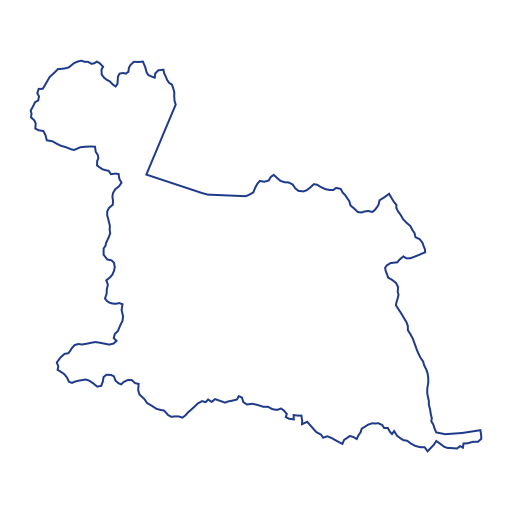 the district of Mimoso do Sul, Espírito Santo, Brazil
{"feature_id": "56859067B70234229782601", "entity_name": "Mimoso do Sul", "entity_type": "district", "adm_level": 2, "iso_a3": "BRA", "parent_name": "Brazil", "parent_adm1": "Espírito Santo", "projection": "mercator", "projection_center": [-41.385, -21.065], "detail": "fine", "context": "isolated", "style": "outline", "palette": "blue", "viewbox_px": 512, "rotation_deg": 0, "n_neighbors": 0, "source": "geoboundaries", "source_scale": "gbopen_adm2", "svg_char_len": 5087}
<svg xmlns="http://www.w3.org/2000/svg" viewBox="0 0 512 512"><path d="M38.7,88.9L37.3,93.1L39.0,96.4L38.2,100.5L35.1,102.1L33.2,106.0L30.7,110.6L31.5,113.7L31.0,117.3L34.3,120.4L35.7,123.4L35.3,128.5L38.7,130.3L43.3,131.0L45.5,135.2L46.8,140.3L52.5,141.3L56.8,143.8L61.0,145.8L66.0,147.2L70.9,149.2L73.9,150.0L76.6,148.9L80.5,147.2L85.8,146.7L91.0,146.5L95.0,146.7L95.7,151.7L97.8,155.0L98.4,158.0L97.2,161.0L97.0,165.4L100.1,167.7L102.8,169.4L105.5,170.2L108.6,170.8L111.0,174.2L115.2,173.6L118.6,174.0L119.3,178.8L121.5,182.7L119.1,186.2L115.1,189.4L112.9,193.3L112.4,197.0L113.0,200.3L112.8,204.7L109.0,207.9L107.2,211.4L107.2,215.5L108.2,218.9L109.1,222.7L109.9,225.9L109.6,229.4L110.2,233.3L108.6,237.6L106.1,242.8L105.5,245.8L103.6,248.5L103.6,254.7L107.2,259.4L111.6,260.4L114.0,262.8L114.8,267.4L114.0,270.8L112.4,274.6L109.8,277.6L106.3,280.3L107.9,284.7L106.8,289.1L106.6,293.9L105.0,298.5L107.1,301.2L109.6,302.7L112.4,303.5L115.5,303.8L119.2,303.1L122.5,304.2L121.6,310.1L123.1,316.5L122.4,321.1L120.2,325.4L117.9,331.0L114.8,334.0L113.7,338.1L116.5,340.9L113.5,343.6L109.1,344.6L104.2,343.6L99.2,342.6L95.4,342.1L91.9,342.6L87.4,343.6L81.9,344.5L78.3,344.0L74.6,345.1L72.0,347.9L70.3,350.7L68.4,353.2L64.5,353.9L60.4,357.6L56.8,362.5L58.3,366.4L57.6,369.9L60.6,371.6L64.2,374.1L67.0,377.5L68.9,381.7L71.9,382.9L75.0,381.6L78.5,380.7L81.5,380.2L85.8,379.5L89.3,380.7L93.9,383.9L97.2,386.6L101.2,385.9L102.8,381.6L103.6,377.0L106.4,374.8L110.9,374.9L113.9,376.3L115.5,380.7L118.5,383.2L121.2,384.4L123.6,382.0L127.8,380.0L131.6,380.0L135.2,383.2L138.6,383.9L138.2,390.1L139.4,394.4L144.5,399.2L147.0,403.0L151.8,405.8L156.4,408.8L160.3,409.9L163.9,410.5L166.1,412.7L168.0,415.0L171.3,416.8L174.9,416.4L178.6,416.4L182.5,417.6L185.6,415.2L188.0,412.4L191.6,409.3L195.6,405.6L197.9,403.4L202.1,401.1L205.6,402.2L208.1,399.5L211.7,401.9L215.0,399.1L218.5,400.3L225.0,402.6L228.0,401.5L232.1,400.7L237.0,399.5L238.7,396.2L242.0,397.6L243.3,402.1L247.0,404.5L252.5,403.8L256.1,404.6L259.4,405.5L263.3,406.8L268.1,406.8L272.5,409.2L277.1,409.9L281.1,408.5L283.8,410.5L286.8,413.9L285.8,417.1L289.2,418.8L293.8,419.4L293.6,415.1L297.9,415.6L301.4,415.6L302.2,420.8L302.0,424.2L307.2,421.8L310.2,425.2L316.3,432.1L321.1,434.7L323.1,437.7L327.3,436.3L331.6,438.0L334.5,439.7L338.0,441.6L342.4,443.9L344.1,439.9L347.0,438.0L349.8,436.0L353.4,437.0L356.7,439.0L358.3,435.6L360.6,432.2L361.7,428.7L365.0,426.7L367.8,424.8L372.1,423.3L375.3,423.5L378.2,423.2L382.2,425.0L384.1,428.0L387.8,428.0L389.8,431.6L392.0,434.1L394.1,431.1L397.1,435.8L400.7,438.5L403.5,440.2L407.1,440.7L411.1,443.7L415.2,445.9L420.3,447.2L424.6,447.2L427.6,451.3L430.8,447.9L433.7,444.9L436.3,441.0L440.1,443.7L443.9,446.6L447.2,447.9L451.9,448.1L457.0,448.5L460.1,446.1L462.9,447.7L463.5,443.5L467.5,443.3L472.8,441.8L477.9,441.8L481.3,438.8L481.1,434.7L480.4,430.2L462.1,433.0L445.2,434.2L441.2,433.4L436.2,432.4L434.6,428.6L433.2,424.3L431.3,421.3L431.8,418.3L430.8,414.1L430.0,409.1L428.8,404.3L428.9,401.1L427.9,396.9L427.2,392.7L427.3,388.3L428.3,382.4L428.2,377.4L427.5,373.0L426.2,369.3L424.2,365.4L423.1,361.5L420.9,358.3L418.8,354.4L417.1,350.5L415.7,346.6L414.4,343.0L412.7,338.4L410.3,334.0L407.9,330.3L407.8,325.8L406.5,322.3L404.8,319.5L403.2,316.8L401.1,313.2L398.5,309.3L395.9,305.2L396.5,302.1L397.7,298.3L398.5,294.9L397.7,291.6L398.1,287.0L395.9,282.8L392.0,279.8L388.1,277.6L387.1,274.4L385.8,271.4L385.1,267.8L386.9,265.3L390.5,263.1L394.2,262.6L397.1,262.4L399.9,259.3L403.4,256.4L406.5,258.4L410.6,258.2L415.0,256.5L418.8,255.0L422.4,253.4L425.2,252.3L424.9,249.2L423.6,246.1L422.4,242.6L419.7,239.2L415.5,237.2L414.5,233.1L412.3,229.8L410.3,226.0L406.8,223.0L403.2,219.3L400.7,215.0L397.9,211.1L396.3,207.9L396.4,204.9L394.1,202.2L391.7,198.3L389.1,193.8L384.2,197.4L379.5,200.3L378.7,204.2L377.3,206.8L374.9,209.9L372.4,212.0L368.2,211.0L364.5,211.5L361.4,212.5L357.9,212.1L353.7,208.1L350.6,205.6L349.2,201.0L346.7,197.4L344.9,194.8L342.6,192.5L340.7,188.9L336.1,187.9L333.1,190.1L330.1,190.0L325.5,189.2L320.4,186.8L317.1,184.7L313.8,184.2L310.2,187.5L306.9,190.1L303.6,191.4L298.5,190.9L295.3,188.4L292.6,184.4L288.4,182.4L284.8,182.3L280.5,180.9L277.1,178.0L273.8,174.9L270.9,176.8L268.7,180.5L264.1,181.8L259.9,180.9L257.4,183.7L255.2,187.7L253.3,192.4L249.6,194.5L246.1,196.1L243.1,196.1L207.6,194.6L201.9,193.0L146.4,174.6L148.3,169.9L153.1,158.4L160.3,141.3L161.7,137.9L163.5,133.5L167.1,125.0L175.7,104.6L174.5,100.7L174.2,96.2L174.3,92.3L173.1,87.8L171.9,84.6L169.3,83.0L167.1,80.0L165.8,76.6L164.2,73.4L163.4,69.7L158.3,70.3L155.3,73.4L154.7,77.7L150.8,76.2L148.1,74.9L146.5,72.0L145.3,67.3L142.9,61.6L138.3,62.0L133.9,61.8L130.6,64.8L128.9,67.8L128.4,71.8L125.9,73.6L123.1,73.0L119.6,73.6L118.0,76.5L117.7,80.7L117.5,83.8L115.6,86.5L112.9,84.6L109.8,81.4L106.4,79.6L104.1,77.7L101.7,74.5L101.5,69.5L103.1,66.8L99.7,63.2L96.8,61.6L94.3,63.3L91.5,63.8L88.0,61.8L84.5,61.8L81.3,60.7L78.2,61.4L74.4,62.9L71.2,65.4L68.9,67.3L66.2,68.2L62.0,68.8L57.9,69.1L55.0,72.1L52.1,74.8L49.5,77.2L47.7,80.4L45.0,85.1L42.7,88.8L38.7,88.9Z" fill="none" stroke="#1e3a8a" stroke-width="2"/></svg>